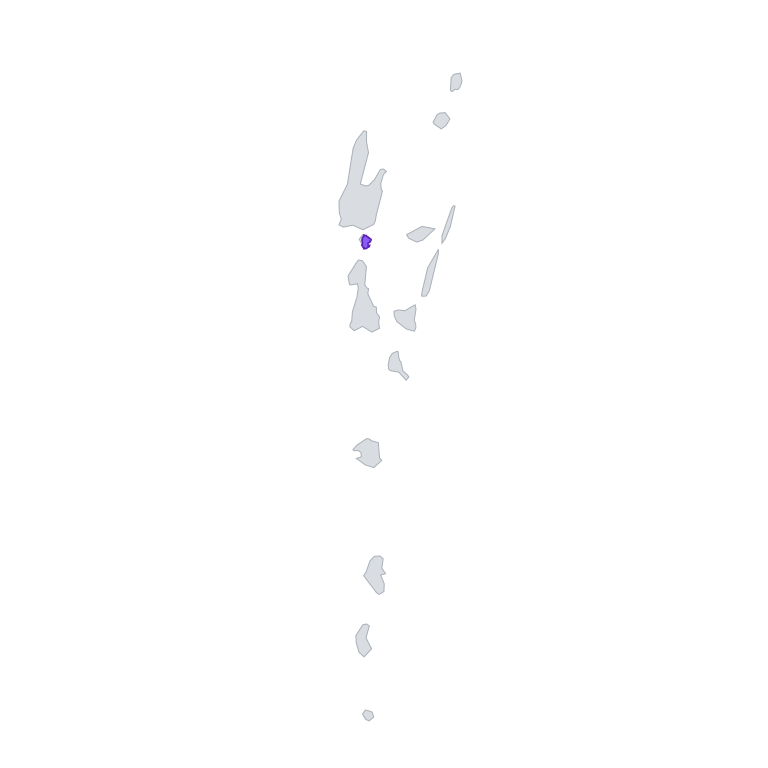 location of East Malo, Sanma, Vanuatu, rotated 23°
{"feature_id": "77236927B67571127096265", "entity_name": "East Malo", "entity_type": "district", "adm_level": 2, "iso_a3": "VUT", "parent_name": "Vanuatu", "parent_adm1": "Sanma", "projection": "equal_earth", "projection_center": [167.207, -15.69], "detail": "fine", "context": "in_parent", "style": "filled", "palette": "violet", "viewbox_px": 768, "rotation_deg": 23, "n_neighbors": 0, "source": "geoboundaries", "source_scale": "gbopen_adm2", "svg_char_len": 5012}
<svg xmlns="http://www.w3.org/2000/svg" viewBox="0 0 768 768"><g transform="rotate(23 384 384)"><path d="M279.3,177.0L284.0,209.1L289.4,209.0L292.2,207.3L295.4,199.8L296.8,188.0L299.6,186.3L303.2,187.5L301.6,191.3L302.7,200.8L305.4,206.0L307.2,207.0L310.9,231.7L312.2,236.9L312.2,241.0L304.5,250.2L293.2,250.0L285.2,255.5L280.3,255.1L280.3,248.9L276.0,243.9L271.1,233.3L272.3,214.4L263.5,179.2L263.4,170.4L266.4,158.9L269.3,158.4L273.3,168.0L279.3,177.0ZM327.5,300.2L330.8,302.3L332.6,302.3L333.7,307.1L344.1,316.5L346.9,316.2L349.3,321.4L353.7,324.0L354.9,329.2L358.1,334.5L352.5,341.0L341.8,339.3L335.7,346.6L330.2,344.7L329.2,340.9L330.0,339.6L326.7,329.8L325.2,314.8L322.9,305.9L320.5,302.1L315.5,305.4L313.5,306.0L308.7,298.7L311.0,284.0L312.1,279.8L316.1,279.0L322.0,282.9L327.5,300.2ZM465.0,575.0L461.7,579.6L458.8,579.1L440.2,568.4L441.0,563.9L440.2,552.6L442.3,546.5L447.5,543.9L451.5,545.2L453.9,554.3L459.5,558.0L455.6,561.1L462.3,567.9L465.0,575.0ZM401.7,440.2L408.9,454.0L411.7,455.1L407.3,464.9L398.3,465.8L387.7,463.3L391.6,459.9L389.6,456.1L386.4,455.3L382.7,457.1L381.0,456.5L383.4,450.1L389.3,441.2L391.1,440.5L392.7,440.4L394.2,441.2L401.7,440.2ZM391.3,323.6L383.0,324.6L371.4,321.5L366.8,317.3L364.8,313.1L368.8,310.0L374.5,308.5L381.7,298.9L384.2,302.6L386.9,313.4L389.8,316.6L391.4,319.9L391.3,323.6ZM476.0,632.6L472.2,643.1L465.7,640.6L459.6,633.1L456.4,626.5L458.6,613.9L461.8,611.7L465.0,612.4L466.6,624.7L476.0,632.6ZM385.3,288.1L384.1,288.2L382.9,283.7L378.8,260.0L381.5,238.7L383.2,243.2L389.3,280.5L388.4,286.6L385.3,288.1ZM402.0,366.4L404.1,367.8L402.9,371.9L393.0,367.3L385.1,369.1L382.9,368.8L380.5,365.1L378.8,357.8L379.6,352.7L382.9,349.1L384.2,348.5L386.7,352.9L388.9,356.0L391.1,357.2L396.2,364.5L402.0,366.4ZM363.6,236.2L358.7,240.6L349.8,240.2L346.4,237.7L357.4,224.1L370.2,221.3L363.6,236.2ZM340.1,121.8L337.0,126.8L328.9,125.2L326.9,123.9L327.5,115.7L329.5,112.8L334.4,110.3L341.1,114.3L340.1,121.8ZM333.1,87.4L332.1,88.3L330.4,87.6L326.1,75.8L327.2,71.8L332.6,68.1L337.4,74.6L337.8,78.3L337.8,81.4L337.0,84.0L333.8,85.2L333.1,87.4ZM383.7,225.8L382.4,231.8L379.4,224.8L377.6,195.4L378.4,192.7L379.9,192.5L383.5,212.9L383.7,225.8ZM504.6,694.6L502.0,699.9L498.2,699.9L493.2,696.1L494.2,691.4L499.8,690.6L501.5,690.9L504.6,694.6ZM313.6,264.2L312.2,266.7L304.6,260.4L306.3,254.3L314.7,256.5L313.6,264.2Z" fill="#d9dde1" stroke="#a8b0b8" stroke-width="1"/><path d="M309.2,264.6L309.3,264.6L309.4,264.8L309.5,264.8L309.6,265.0L309.8,265.1L310.0,265.3L310.2,265.5L310.3,265.5L310.5,265.8L310.8,265.9L310.8,266.0L311.1,266.1L311.3,266.3L311.5,266.4L311.6,266.5L311.8,266.6L312.0,266.7L312.2,266.8L312.3,266.7L312.3,266.8L312.6,266.9L312.6,267.0L312.7,266.9L312.8,267.0L313.0,267.1L313.1,266.9L313.3,267.0L313.5,267.0L313.6,266.9L313.8,266.8L313.9,266.7L314.0,266.6L314.4,266.5L314.5,266.4L314.7,266.2L314.8,266.2L315.0,265.9L315.1,265.7L315.3,265.4L315.4,265.2L315.5,265.0L315.5,264.8L315.5,264.7L315.6,264.3L315.6,264.2L315.7,263.8L315.7,263.7L315.7,263.4L315.6,263.2L315.5,262.9L315.4,262.9L315.2,262.6L315.1,262.4L314.9,262.1L314.8,261.8L314.8,261.7L314.7,261.6L314.6,261.4L314.4,261.1L314.4,260.8L314.5,260.7L314.5,260.4L314.7,260.2L314.8,260.0L314.7,260.0L314.8,259.9L314.9,259.7L315.1,259.5L315.4,259.1L315.5,259.1L315.6,258.9L315.7,258.7L315.8,258.5L315.7,258.4L315.8,258.4L315.8,258.2L315.9,257.8L315.9,257.6L315.9,257.1L315.9,256.9L315.9,256.7L315.8,256.4L315.8,256.2L315.6,256.1L315.5,255.9L315.4,255.8L315.2,255.7L314.9,255.7L314.7,255.6L314.4,255.6L314.2,255.6L313.9,255.5L313.6,255.5L313.5,255.4L313.4,255.5L313.1,255.4L313.0,255.5L312.9,255.5L312.8,255.4L312.8,255.5L312.6,255.5L312.5,255.4L312.4,255.3L312.2,255.3L312.2,255.2L311.8,255.1L311.7,255.1L311.4,255.1L311.2,255.0L311.1,254.9L310.9,254.8L310.7,254.7L310.5,254.8L310.4,254.8L310.3,254.7L310.3,254.8L310.2,254.8L309.7,254.6L309.4,254.6L309.2,254.6L308.9,254.6L308.6,254.7L308.3,254.8L308.1,254.9L307.9,254.8L307.7,254.7L307.4,254.7L307.2,254.7L307.1,254.8L307.1,255.0L307.6,255.3L307.7,255.2L307.7,255.4L307.7,255.5L307.7,255.8L307.7,256.0L307.7,256.3L307.7,256.5L307.5,256.8L307.4,256.8L307.4,257.0L307.3,257.3L307.0,257.4L307.0,257.5L306.9,257.8L306.9,258.2L307.0,258.4L307.1,258.5L307.3,258.6L307.4,258.8L307.5,259.0L307.4,259.2L307.4,259.3L307.4,259.5L307.4,259.8L307.3,260.0L307.5,260.3L307.6,260.5L307.7,260.4L307.8,260.5L308.1,260.8L308.2,261.0L308.4,261.2L308.5,261.3L308.5,261.5L308.6,261.8L308.6,262.0L308.8,262.1L309.0,262.2L309.1,262.3L309.2,262.5L309.3,262.5L309.5,262.6L309.4,262.6L309.4,263.0L309.5,263.6L309.4,263.8L309.4,264.0L309.3,264.3L309.2,264.6ZM316.2,263.2L316.2,263.3L316.3,263.7L316.3,263.8L316.3,264.0L316.5,264.0L316.6,263.8L316.6,263.6L316.7,263.3L316.7,263.1L316.8,263.0L316.8,262.9L316.7,262.8L316.7,262.7L316.5,262.8L316.4,263.0L316.2,263.2L316.2,263.2ZM316.4,262.5L316.5,262.5L316.5,262.4L316.7,262.2L316.6,261.9L316.5,262.0L316.3,262.3L316.3,262.5L316.4,262.5ZM316.1,262.9L316.1,263.0L316.1,262.9L316.1,262.9Z" fill="#8b5cf6" stroke="#5b21b6" stroke-width="1.5"/></g></svg>